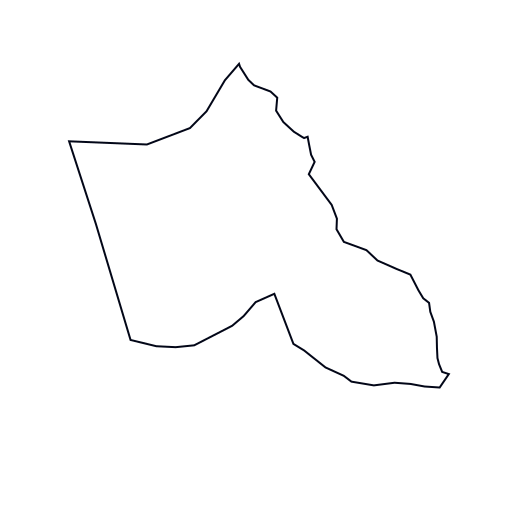 outline of Amiantos, Limassol, Cyprus, rotated 340°
{"feature_id": "46923920B1926327299248", "entity_name": "Amiantos", "entity_type": "district", "adm_level": 2, "iso_a3": "CYP", "parent_name": "Cyprus", "parent_adm1": "Limassol", "projection": "orthographic", "projection_center": [32.932, 34.921], "detail": "fine", "context": "isolated", "style": "outline", "palette": "ink", "viewbox_px": 512, "rotation_deg": 340, "n_neighbors": 0, "source": "geoboundaries", "source_scale": "gbopen_adm2", "svg_char_len": 914}
<svg xmlns="http://www.w3.org/2000/svg" viewBox="0 0 512 512"><g transform="rotate(340 256 256)"><path d="M286.9,80.2L259.0,103.1L246.1,109.2L237.7,113.2L191.6,113.9L119.6,84.3L116.5,171.2L109.4,292.0L131.5,306.7L149.3,314.2L167.4,318.8L209.8,313.4L223.9,308.2L239.9,299.2L260.3,297.8L261.1,351.4L268.9,361.2L273.3,368.4L283.2,384.5L297.5,398.6L302.7,406.7L322.5,417.9L342.9,422.5L357.5,429.1L369.8,436.3L383.6,442.4L396.8,432.9L391.3,428.6L391.0,420.2L391.6,414.0L394.7,404.0L398.2,393.7L400.7,378.6L400.7,368.1L402.6,359.2L398.7,353.0L396.9,343.7L394.7,326.3L383.6,316.2L368.6,301.8L361.8,288.3L343.4,272.8L340.8,258.4L344.8,248.6L344.6,233.9L333.6,197.2L343.3,187.6L342.4,179.7L344.0,169.4L345.3,161.6L341.5,161.6L339.9,159.7L334.1,152.2L327.5,139.5L324.6,126.3L330.1,114.5L325.9,106.4L314.2,96.4L312.5,94.9L309.0,87.8L305.7,72.8L305.8,69.6L286.9,80.2Z" fill="none" stroke="#020617" stroke-width="2"/></g></svg>